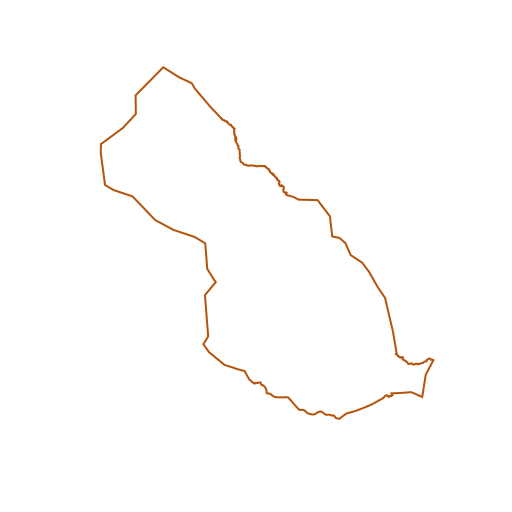 Binder, Hentiy, Mongolia (Robinson projection), rotated 147°
{"feature_id": "93677404B23670550125649", "entity_name": "Binder", "entity_type": "district", "adm_level": 2, "iso_a3": "MNG", "parent_name": "Mongolia", "parent_adm1": "Hentiy", "projection": "robinson", "projection_center": [110.5, 48.575], "detail": "fine", "context": "isolated", "style": "outline", "palette": "amber", "viewbox_px": 512, "rotation_deg": 147, "n_neighbors": 0, "source": "geoboundaries", "source_scale": "gbopen_adm2", "svg_char_len": 5707}
<svg xmlns="http://www.w3.org/2000/svg" viewBox="0 0 512 512"><g transform="rotate(147 256 256)"><path d="M343.9,397.8L339.6,389.0L327.1,373.2L321.0,341.1L311.0,322.8L297.1,305.4L291.7,294.3L300.2,278.5L303.9,271.7L304.1,258.9L303.9,256.1L320.1,251.0L339.9,214.6L348.1,210.7L347.8,201.0L341.7,181.8L332.2,170.1L328.2,165.7L328.9,156.1L327.0,150.0L326.5,149.7L325.6,150.0L325.3,149.9L323.8,148.6L323.5,148.4L322.4,148.3L322.1,148.1L321.5,147.8L321.0,147.3L321.4,146.5L321.6,146.0L321.6,145.6L321.5,144.9L321.4,144.4L321.1,144.2L320.6,143.9L320.3,143.1L319.8,141.2L320.3,138.0L320.4,137.5L320.9,136.8L321.2,135.9L321.6,135.3L321.7,135.0L321.5,134.7L320.3,133.9L319.8,133.5L319.0,132.3L318.5,130.8L318.1,130.0L318.0,129.2L317.5,128.3L316.8,127.4L315.1,125.9L313.7,124.9L309.1,122.0L307.9,121.5L306.6,120.3L306.0,119.7L303.7,103.9L302.1,102.3L301.5,102.1L300.9,101.7L300.3,101.1L299.6,100.2L299.2,99.6L299.0,98.4L298.5,96.3L297.1,94.4L295.2,92.5L294.2,91.8L293.2,91.4L292.0,91.3L290.8,91.2L289.7,91.3L288.4,91.1L287.7,91.0L286.9,90.6L286.1,90.0L285.5,89.0L285.2,88.1L284.2,85.5L283.4,84.5L282.4,83.8L281.5,83.4L281.0,83.1L280.6,82.7L279.9,81.5L279.3,81.0L279.0,80.7L278.2,80.4L277.9,80.2L277.5,79.4L277.6,79.0L277.3,78.2L277.3,77.9L277.4,77.4L277.4,77.1L277.2,76.6L276.6,75.9L275.2,74.4L274.9,74.0L273.6,74.2L265.9,74.6L256.7,71.8L248.3,70.0L242.0,68.8L238.4,68.4L227.5,67.6L225.9,67.7L224.5,68.3L222.0,68.1L221.3,65.4L219.9,65.7L219.0,64.9L218.3,65.1L217.5,64.9L217.2,67.0L209.0,62.2L203.3,59.1L199.7,57.0L193.4,47.2L178.4,63.9L163.9,72.1L164.2,72.7L164.6,73.0L165.7,73.6L165.8,73.8L165.7,74.6L165.8,74.9L166.0,75.2L166.4,75.4L167.0,75.8L167.5,75.9L168.4,75.6L168.9,75.9L169.2,75.9L169.4,75.8L169.8,75.4L170.5,74.8L171.3,75.4L171.8,75.6L172.6,75.6L173.6,75.4L174.3,75.4L174.5,75.6L174.7,75.8L175.7,75.9L176.6,76.4L177.6,76.4L178.0,76.5L178.6,77.1L179.3,77.1L179.4,77.6L179.5,78.0L179.8,78.2L180.3,78.3L180.9,78.8L181.2,78.8L181.9,78.7L182.8,79.0L183.3,79.3L183.5,79.6L183.6,80.6L183.9,81.2L184.3,81.4L185.6,81.6L186.1,81.8L187.1,82.6L187.2,82.9L187.1,83.4L186.9,84.0L186.9,84.4L187.1,84.6L187.4,85.0L187.4,85.5L187.4,85.8L187.8,86.2L187.9,87.1L188.0,87.3L188.5,87.8L188.7,88.4L188.9,88.6L189.0,88.9L189.3,89.3L189.2,89.7L188.7,90.4L188.3,90.6L188.0,90.9L187.9,91.1L188.2,91.4L189.0,91.3L189.2,91.5L189.3,91.9L189.5,92.1L189.8,92.2L190.3,92.2L190.4,92.3L190.5,93.0L190.7,93.3L191.1,93.6L191.0,94.7L191.1,94.8L191.4,95.1L191.5,95.3L191.5,96.1L191.2,96.6L191.6,97.0L192.0,97.1L192.2,97.4L192.0,97.7L190.8,98.4L182.4,117.8L170.6,150.6L170.9,163.0L169.8,180.8L170.6,192.6L176.1,205.2L174.0,218.0L176.1,225.7L181.4,230.9L172.4,249.0L173.9,269.3L189.5,280.0L192.6,285.3L197.3,290.8L197.0,291.9L196.8,292.2L195.9,292.3L196.0,292.7L196.7,292.5L196.8,292.6L196.9,293.1L197.3,293.5L197.3,293.8L197.6,294.0L197.8,294.2L197.8,294.5L197.5,296.3L197.3,296.6L196.9,297.0L195.9,297.4L195.5,297.8L195.4,298.0L195.3,298.4L195.1,298.9L195.5,299.7L195.6,300.4L195.6,300.6L195.7,300.8L195.9,300.5L196.2,300.5L196.4,300.6L196.6,301.3L196.8,301.3L197.2,301.1L197.4,301.2L197.5,301.4L197.6,302.1L197.9,302.6L197.9,302.8L197.6,303.2L197.7,303.6L197.3,304.5L196.8,304.6L196.4,304.6L196.2,304.7L196.3,305.3L196.1,305.7L195.9,305.8L195.6,306.4L195.8,306.9L196.0,307.1L196.3,307.3L196.2,307.6L196.2,307.8L196.8,308.8L196.5,309.3L196.0,309.8L196.0,310.0L196.5,310.7L196.6,311.1L196.8,311.4L196.8,311.6L196.7,312.0L197.0,312.7L197.0,312.8L196.6,313.6L196.6,313.8L196.8,314.1L197.1,314.1L197.3,314.2L197.4,314.6L197.6,314.8L197.7,315.2L197.5,315.4L197.4,315.7L197.4,315.8L197.0,315.8L197.0,316.1L197.4,316.2L197.8,316.5L197.9,317.0L198.1,317.5L198.1,317.8L198.1,318.1L198.4,318.3L198.4,318.5L198.4,318.9L198.2,319.3L198.2,319.6L198.2,320.0L198.5,320.6L198.5,320.8L198.4,321.0L197.8,321.4L197.8,321.5L197.9,321.8L198.2,322.0L198.3,322.2L198.4,322.8L198.5,323.0L198.9,323.3L199.0,323.4L199.0,324.1L199.2,324.6L199.1,325.3L199.5,325.6L199.6,326.0L199.8,326.2L199.8,326.4L199.6,326.6L205.3,330.3L205.7,330.5L206.4,330.7L207.0,331.0L207.8,332.5L208.9,333.1L209.7,333.7L210.4,334.3L211.4,335.1L212.5,335.5L213.6,336.0L214.3,337.0L214.5,337.8L216.0,338.8L216.4,339.5L216.3,340.1L216.6,341.6L217.1,342.4L217.5,343.2L217.4,344.3L216.8,344.9L216.7,345.6L216.6,346.4L216.2,347.3L215.8,347.8L215.0,348.2L214.7,348.8L214.6,349.6L214.3,350.3L213.6,350.9L213.4,351.7L213.0,352.4L212.2,353.4L211.8,354.1L212.0,354.8L212.3,355.4L211.9,356.4L211.0,357.4L211.3,357.8L211.0,358.6L210.6,362.0L210.6,363.4L210.4,363.6L210.3,364.0L209.9,364.0L209.4,364.1L209.3,364.6L209.1,365.0L209.3,365.2L209.0,365.2L209.0,365.4L208.6,365.4L208.6,365.5L208.3,365.9L208.3,366.0L208.5,366.4L208.4,366.6L208.5,366.7L208.1,366.9L208.1,367.0L208.2,367.4L208.1,367.7L208.2,367.9L208.1,368.1L208.2,368.4L208.0,368.6L207.9,368.7L208.0,368.9L207.9,369.2L207.8,369.3L207.9,369.5L207.8,369.8L207.8,370.1L207.6,370.4L207.6,370.6L207.4,371.0L206.6,371.7L206.6,371.9L206.3,372.2L206.3,372.5L206.2,373.0L205.8,373.6L205.6,373.7L205.4,373.9L205.3,374.1L204.9,374.2L205.0,374.4L204.9,374.6L204.9,374.9L205.3,375.4L205.3,375.6L205.0,376.2L205.0,376.4L205.5,377.1L205.6,377.4L205.6,378.2L205.8,378.7L205.7,378.9L205.6,379.1L205.5,379.5L205.7,379.9L206.3,380.1L206.6,380.5L206.7,380.8L206.7,381.1L206.9,381.7L207.1,382.7L206.9,383.0L207.0,383.3L207.4,383.7L207.5,384.2L207.3,384.6L207.1,384.7L207.1,384.9L207.4,385.2L207.8,385.4L208.4,385.8L208.7,386.7L208.6,387.1L208.7,387.3L209.0,387.5L209.4,387.8L209.9,388.4L210.0,388.6L209.8,388.9L209.8,389.6L209.9,389.8L210.1,389.9L210.2,390.5L210.4,390.7L210.3,391.5L213.0,405.5L216.1,429.9L215.8,435.9L223.2,447.8L231.0,464.8L269.5,456.3L279.4,440.6L297.9,435.9L325.1,434.3L330.2,426.7L343.9,397.8Z" fill="none" stroke="#b45309" stroke-width="2"/></g></svg>